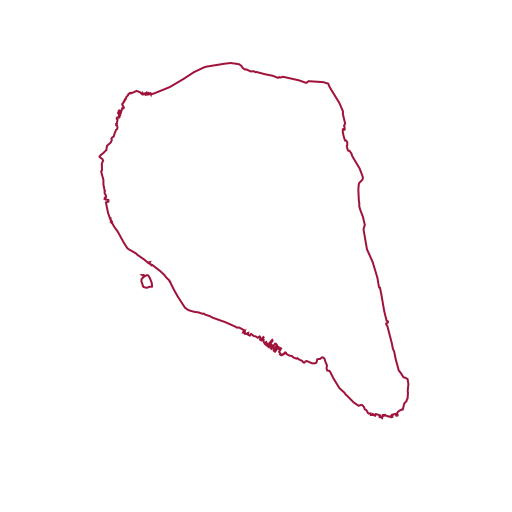 Kota Tarakan, Kalimantan Timur, Indonesia (Natural Earth projection), rotated 342°
{"feature_id": "22746128B97983454808676", "entity_name": "Kota Tarakan", "entity_type": "district", "adm_level": 2, "iso_a3": "IDN", "parent_name": "Indonesia", "parent_adm1": "Kalimantan Timur", "projection": "natural_earth1", "projection_center": [117.588, 3.341], "detail": "fine", "context": "isolated", "style": "outline", "palette": "rose", "viewbox_px": 512, "rotation_deg": 342, "n_neighbors": 0, "source": "geoboundaries", "source_scale": "gbopen_adm2", "svg_char_len": 6048}
<svg xmlns="http://www.w3.org/2000/svg" viewBox="0 0 512 512"><g transform="rotate(342 256 256)"><path d="M300.9,70.8L299.4,68.6L297.3,67.4L291.4,64.6L285.5,63.4L267.4,60.6L265.2,60.5L253.6,62.0L242.3,65.1L226.1,68.7L209.2,69.9L207.0,69.8L206.4,69.1L206.0,69.9L205.8,69.1L204.5,69.2L204.8,68.2L204.4,68.1L204.2,68.9L203.8,68.8L203.9,67.6L203.6,67.6L203.4,68.5L203.2,68.4L203.4,67.7L203.1,67.6L202.7,68.6L202.2,68.9L201.7,68.6L201.9,67.9L201.5,68.6L201.2,68.6L201.8,67.2L201.0,67.6L201.0,67.0L200.7,67.0L200.5,67.6L199.9,67.6L200.2,66.3L199.3,67.5L198.8,67.3L198.5,66.3L198.0,67.2L197.4,66.8L196.7,64.8L193.5,62.1L187.9,62.7L187.0,62.6L187.1,62.1L186.6,62.0L184.6,62.6L184.0,63.6L182.0,64.6L180.2,66.9L179.7,66.6L178.5,68.3L178.2,68.1L176.6,69.8L176.1,69.8L175.7,70.3L175.5,70.8L176.0,72.2L175.7,73.3L176.2,73.9L175.9,74.4L175.4,74.7L174.3,74.3L172.8,76.6L172.0,76.1L171.9,76.4L170.9,75.3L170.6,75.5L172.1,77.4L171.8,78.0L170.8,77.2L171.1,76.7L170.3,75.8L168.9,77.5L169.3,78.2L169.6,77.7L170.5,78.6L170.5,80.0L170.1,80.3L169.4,79.6L169.1,79.8L168.8,80.7L169.1,81.7L168.2,82.1L167.8,81.6L166.7,81.4L166.1,81.9L165.9,82.4L166.4,83.6L164.3,87.5L163.8,87.3L163.5,88.2L164.2,88.3L164.1,90.6L163.2,92.3L161.9,92.8L159.2,96.0L157.7,98.3L155.9,98.8L154.9,99.5L154.7,100.0L154.7,101.2L153.0,103.1L148.3,105.2L146.4,109.0L142.2,111.1L139.2,112.1L137.9,113.1L138.3,114.3L139.8,116.2L140.1,118.0L137.9,120.5L136.2,126.4L135.6,127.3L135.1,127.4L134.8,128.2L134.4,136.4L133.0,140.8L132.3,146.6L132.5,147.4L131.8,148.0L131.4,150.1L131.8,150.7L131.9,152.9L130.8,154.5L130.7,153.8L130.2,153.8L129.7,154.9L130.5,155.1L130.4,155.8L132.9,157.1L132.5,158.6L129.8,158.7L128.6,169.3L128.7,174.4L129.2,174.9L128.8,175.1L129.1,176.5L128.8,176.5L128.8,177.0L129.1,177.6L128.9,177.9L129.3,177.9L129.6,178.8L128.7,179.2L128.8,179.6L129.2,179.5L130.3,184.9L132.0,190.0L134.4,202.5L135.8,208.0L136.7,209.9L142.6,216.4L143.6,218.3L148.9,225.3L151.0,228.8L153.1,229.0L152.0,230.0L153.4,231.4L153.2,231.6L153.9,232.7L154.6,232.5L160.4,241.0L163.0,245.8L163.9,248.5L165.9,252.3L166.0,253.5L166.5,253.9L166.3,254.6L167.6,263.1L169.0,270.2L172.4,283.0L174.0,285.5L176.2,287.5L181.0,290.6L183.5,291.6L187.2,294.4L188.5,294.6L189.7,296.2L193.5,298.9L195.5,301.1L206.3,309.4L214.2,316.5L215.8,318.3L217.7,318.7L221.7,322.8L220.0,324.8L220.6,325.0L221.9,324.4L221.0,325.8L221.3,326.4L221.9,325.9L222.5,327.0L223.4,327.5L224.2,326.7L224.8,326.7L224.1,327.8L224.3,328.8L225.6,329.8L226.7,328.7L227.3,328.7L229.2,331.5L230.9,332.4L232.4,334.3L234.6,333.6L234.9,334.3L234.5,335.7L234.7,336.0L234.0,336.7L234.6,337.5L234.9,337.2L235.2,337.6L236.3,336.3L237.9,335.4L238.1,335.8L236.7,336.9L237.4,338.1L236.6,338.8L237.2,341.6L239.1,341.0L239.2,341.5L237.3,342.3L238.0,343.5L240.2,342.6L238.5,343.7L238.9,344.8L245.5,340.8L245.7,341.4L245.4,341.9L240.2,345.4L239.8,345.8L239.8,346.3L240.1,346.8L243.1,344.9L243.6,345.7L242.2,347.2L242.6,347.9L241.7,348.6L242.0,349.1L243.7,347.8L243.9,348.1L245.0,347.2L244.9,346.7L247.2,345.2L248.0,346.0L248.4,347.4L247.7,348.1L247.4,347.9L246.5,349.2L246.2,349.0L245.1,349.9L245.1,350.4L244.5,350.1L243.7,350.8L244.1,351.5L243.8,351.8L244.1,352.4L244.6,352.1L244.9,352.7L246.5,351.5L246.3,351.3L247.5,350.2L247.7,350.4L249.1,349.3L249.5,349.8L249.0,351.0L249.4,351.9L249.2,352.1L249.3,352.5L251.0,351.3L251.3,351.7L248.3,354.4L249.1,356.5L248.4,357.1L248.7,357.5L248.9,357.3L249.9,358.4L251.2,357.7L251.8,358.1L253.1,357.0L253.3,357.3L254.1,356.8L254.5,357.2L254.1,357.7L256.1,360.2L257.3,361.3L259.2,362.2L260.0,363.8L261.1,364.8L262.7,366.1L263.8,365.9L264.6,367.4L267.5,370.0L268.0,371.6L268.6,372.2L269.4,372.3L270.3,371.6L271.7,371.5L276.2,375.4L278.4,376.2L280.2,376.2L280.9,375.6L282.1,373.4L283.2,373.2L285.0,373.7L287.5,372.8L288.7,373.5L289.4,375.0L289.3,377.6L289.7,382.0L288.4,384.5L288.3,386.5L288.4,387.0L290.2,387.8L290.7,389.0L291.9,396.6L294.5,407.4L297.9,413.5L298.6,415.8L299.2,416.6L303.8,425.7L307.4,430.2L310.0,430.1L311.0,430.7L312.0,432.9L312.1,435.5L313.0,436.2L313.3,436.8L314.1,440.2L314.6,440.7L316.0,441.0L315.9,441.2L316.3,441.7L316.0,442.7L317.4,443.1L318.1,442.4L319.2,443.2L318.8,443.7L319.2,444.1L319.6,443.9L320.0,444.6L321.2,443.4L324.2,445.5L324.1,445.9L324.9,446.1L324.6,447.1L324.0,446.8L323.8,447.4L324.8,447.8L325.9,449.1L326.8,447.4L327.9,447.5L327.9,447.1L327.6,447.0L327.7,446.5L329.8,447.0L330.1,448.0L332.1,449.2L332.2,449.6L333.8,450.1L333.7,451.0L334.1,450.0L334.5,450.1L334.5,451.0L335.7,451.2L335.7,449.7L336.5,449.9L336.6,449.0L339.9,449.3L340.0,450.6L340.6,450.6L340.7,451.5L341.3,451.4L341.3,450.8L341.6,450.6L341.4,449.3L343.1,447.9L345.6,447.2L346.6,447.4L347.6,447.0L348.2,447.3L351.4,442.1L354.3,440.5L355.3,438.9L356.1,438.4L358.3,433.0L358.6,431.1L361.2,425.3L361.7,422.9L362.1,419.9L360.5,418.0L359.0,417.1L358.7,416.6L357.5,411.8L356.4,409.1L357.0,397.1L357.9,389.4L357.5,386.7L358.2,381.1L359.3,363.0L358.7,361.6L359.0,360.4L360.7,360.1L361.2,359.4L361.1,358.7L360.2,357.9L360.6,352.1L361.0,347.4L363.3,331.5L364.1,324.4L363.4,324.0L363.4,323.1L364.7,314.5L365.1,297.9L363.6,283.9L366.5,263.8L369.1,260.0L369.8,251.9L369.4,243.8L369.6,240.5L370.6,237.5L370.9,235.2L373.9,224.3L375.8,219.8L376.7,218.5L380.7,216.4L381.6,215.3L382.0,213.1L381.6,204.9L378.4,190.7L378.4,188.0L377.4,184.8L376.3,184.4L376.0,182.9L376.3,179.4L376.9,179.0L377.8,176.6L377.9,175.6L377.3,174.0L376.3,173.6L376.4,168.7L376.8,165.0L377.8,162.3L378.3,162.2L379.1,163.2L379.4,163.1L380.1,160.6L379.9,159.5L381.7,157.6L382.5,147.5L383.2,146.2L383.4,145.2L382.6,136.4L378.3,118.4L377.9,114.3L373.4,111.3L360.0,106.0L357.3,106.9L351.1,102.2L337.1,93.9L334.2,93.8L333.3,93.0L332.6,93.4L331.6,93.1L327.8,89.9L320.4,85.7L313.1,81.0L312.4,81.1L310.7,79.4L308.2,79.0L304.4,75.5L303.4,75.4L302.2,74.1L301.4,72.9L300.9,70.8ZM148.0,252.2L148.5,249.4L148.3,245.4L148.2,243.9L147.4,241.1L146.3,240.5L143.5,240.9L140.1,242.5L139.2,244.5L139.3,248.8L139.0,249.2L139.5,250.8L142.3,252.5L145.4,252.4L147.5,253.0L148.0,252.2ZM143.6,239.9L143.3,239.4L141.9,239.0L142.5,239.8L143.6,239.9Z" fill="none" stroke="#9f1239" stroke-width="2"/></g></svg>